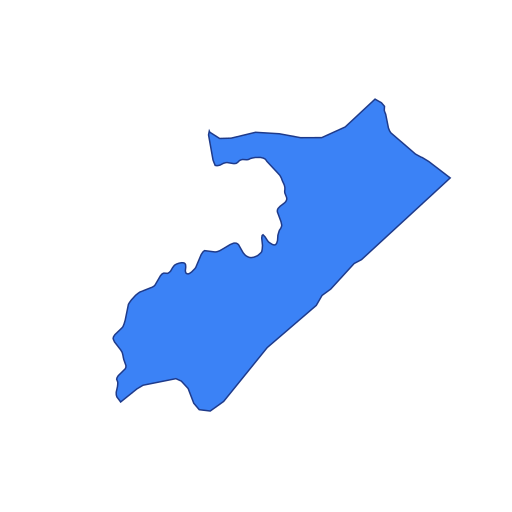 map outline of Haifa (Robinson projection), rotated 216°
{"feature_id": "ISR-3054", "entity_name": "Haifa", "entity_type": "District", "adm_level": 1, "iso_a3": "ISR", "parent_name": "Israel", "parent_adm1": "", "projection": "robinson", "projection_center": [35.08, 32.637], "detail": "fine", "context": "isolated", "style": "filled", "palette": "blue", "viewbox_px": 512, "rotation_deg": 216, "n_neighbors": 0, "source": "natural_earth", "source_scale": "10m", "svg_char_len": 2621}
<svg xmlns="http://www.w3.org/2000/svg" viewBox="0 0 512 512"><g transform="rotate(216 256 256)"><path d="M367.2,329.6L366.1,329.0L354.5,329.7L345.4,336.7L329.1,355.8L309.0,368.6L289.5,377.9L272.4,390.4L259.7,412.8L251.9,452.9L251.6,452.9L244.5,453.7L240.0,452.6L239.3,451.5L238.6,450.4L237.8,449.2L236.5,448.2L234.4,446.9L224.1,437.4L221.4,435.7L219.3,434.9L186.9,432.2L180.7,433.0L179.3,433.4L171.8,434.0L145.1,433.3L144.8,433.3L148.3,415.7L168.5,315.1L172.2,307.6L176.1,273.2L179.4,262.9L178.2,251.5L193.1,188.5L196.7,119.3L201.9,103.7L211.6,98.3L219.8,100.3L233.0,108.9L242.9,110.9L248.7,109.7L271.4,85.1L274.2,78.6L279.7,58.3L281.1,58.8L285.7,60.2L287.4,61.5L289.0,63.6L291.3,68.9L292.6,71.2L293.7,72.7L296.3,74.4L296.9,75.9L297.1,78.3L295.5,87.9L295.8,89.4L296.8,90.9L302.2,94.6L304.0,96.2L304.9,97.1L306.9,98.8L307.9,99.5L310.3,100.5L319.9,103.3L322.2,104.6L323.2,105.4L323.8,107.0L323.9,109.5L322.2,119.1L322.1,120.6L322.8,123.5L324.1,127.2L330.8,141.9L331.0,144.1L331.0,147.2L330.3,153.5L329.5,156.4L328.8,158.5L322.4,168.6L321.7,169.6L320.8,171.7L320.6,173.2L321.7,184.0L321.4,186.5L320.5,188.0L317.3,190.0L316.6,191.5L316.2,193.5L316.6,197.4L316.6,199.1L316.5,200.7L315.5,202.9L314.0,205.0L312.3,206.8L311.3,207.5L310.1,208.1L309.0,208.1L307.9,207.6L307.1,206.7L306.3,205.7L304.4,202.4L303.5,201.6L302.5,201.0L301.3,201.1L300.3,201.7L299.6,202.7L298.7,205.2L298.0,209.9L298.0,211.3L301.2,225.0L301.3,228.2L300.8,230.1L291.5,235.2L290.6,236.0L289.8,236.9L288.4,239.0L283.6,250.1L281.6,253.3L280.6,254.1L279.4,254.8L278.1,255.0L276.8,254.9L268.4,251.1L265.6,250.4L263.9,250.3L262.4,250.5L261.0,250.8L259.8,251.3L258.8,252.0L257.0,253.8L256.3,254.9L255.0,257.1L254.6,258.4L254.0,261.2L253.9,262.8L255.0,265.2L256.9,268.3L262.0,274.0L263.1,276.2L262.8,277.3L259.9,276.8L256.3,275.4L254.5,274.8L253.1,274.7L250.0,274.9L248.7,275.2L247.5,275.8L246.8,276.8L246.8,278.6L247.7,281.2L250.5,285.7L251.5,288.4L252.2,290.6L252.2,292.2L252.4,293.7L252.8,295.1L253.3,296.1L256.0,298.5L264.7,304.3L265.7,305.7L266.1,307.4L265.7,310.5L264.1,315.9L263.9,317.4L264.1,318.8L264.5,320.1L265.6,321.3L269.8,324.0L271.0,325.4L271.8,326.9L273.0,328.5L274.9,330.1L279.0,332.4L281.2,333.9L284.1,335.3L302.9,339.0L304.2,339.5L305.6,339.8L307.6,339.5L310.3,338.4L314.6,335.2L316.5,333.2L317.8,331.6L318.4,330.4L319.0,329.4L320.1,328.4L323.6,326.2L324.7,324.9L325.5,323.4L325.7,321.9L326.0,320.6L326.5,319.3L327.4,318.4L328.4,317.6L334.2,314.7L335.2,313.9L336.0,312.9L336.8,311.9L338.6,308.3L340.2,306.5L341.2,305.8L342.3,305.3L345.2,307.1L347.3,308.5L365.6,326.1L367.2,329.6Z" fill="#3b82f6" stroke="#1e3a8a" stroke-width="1.5"/></g></svg>